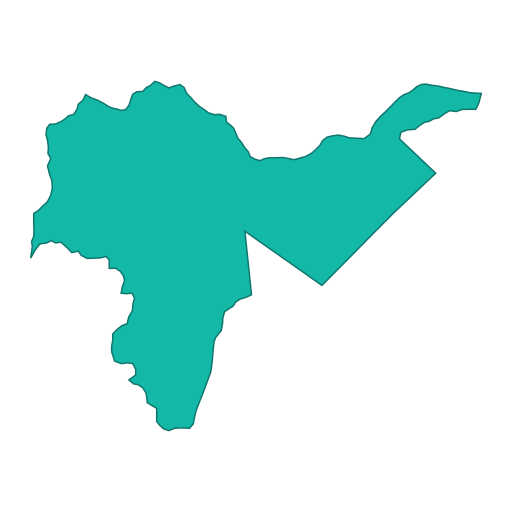 outline of Conceição de Macabu, Rio de Janeiro, Brazil
{"feature_id": "56859067B82602417056719", "entity_name": "Conceição de Macabu", "entity_type": "district", "adm_level": 2, "iso_a3": "BRA", "parent_name": "Brazil", "parent_adm1": "Rio de Janeiro", "projection": "orthographic", "projection_center": [-41.847, -22.162], "detail": "fine", "context": "isolated", "style": "filled", "palette": "teal", "viewbox_px": 512, "rotation_deg": 0, "n_neighbors": 0, "source": "geoboundaries", "source_scale": "gbopen_adm2", "svg_char_len": 2750}
<svg xmlns="http://www.w3.org/2000/svg" viewBox="0 0 512 512"><path d="M435.7,173.2L399.5,138.9L400.8,132.3L407.3,129.9L415.0,129.3L420.1,125.1L424.5,122.3L429.0,121.4L433.5,118.9L438.9,117.8L444.3,113.8L449.7,110.7L456.5,111.5L461.9,109.5L468.9,109.3L475.9,109.3L479.0,102.4L481.3,93.4L476.8,93.2L470.0,92.7L462.8,91.2L458.0,90.5L451.8,89.0L447.7,88.1L443.4,87.3L439.4,86.3L435.3,85.7L430.5,85.1L426.1,84.1L421.6,84.4L416.6,86.8L413.0,90.0L408.9,92.8L404.0,94.6L399.3,97.8L394.7,102.3L390.7,106.5L385.9,111.3L380.8,116.0L375.8,121.6L372.2,127.7L370.4,133.9L364.3,138.6L358.9,138.4L354.4,138.1L349.4,137.9L344.3,136.2L338.2,135.1L332.3,135.9L327.1,137.1L322.7,140.5L319.9,145.4L315.9,149.4L311.5,153.3L305.5,156.5L299.0,158.4L293.8,159.7L289.5,158.7L282.6,157.5L274.7,157.8L268.8,157.8L263.9,158.9L260.0,160.7L255.0,159.2L250.3,156.7L248.2,151.7L244.5,147.3L241.5,142.4L238.1,138.5L235.6,132.9L233.7,128.3L230.5,125.2L226.4,121.9L225.9,116.4L219.7,114.3L214.5,114.7L208.4,112.8L204.5,109.8L199.4,106.4L194.0,101.4L191.0,97.7L186.8,93.5L184.1,87.6L180.0,84.6L174.1,86.0L168.8,87.9L164.0,85.5L159.7,82.9L154.8,81.4L150.3,85.5L146.4,87.5L142.8,91.4L136.7,91.8L132.7,94.3L130.9,99.1L129.1,105.0L125.9,109.4L121.5,110.4L117.3,109.2L112.4,108.1L108.3,106.4L104.3,103.8L97.6,100.2L91.3,97.9L85.6,94.6L82.8,100.4L78.2,104.3L77.0,109.2L73.9,114.3L68.7,115.7L65.3,118.7L61.0,121.6L55.5,124.0L49.7,124.3L46.7,128.4L46.0,134.5L47.7,141.2L48.4,147.8L48.0,153.5L50.7,158.5L47.5,165.9L49.3,173.5L51.9,180.8L52.3,188.4L50.8,195.2L47.5,201.6L41.9,206.9L38.8,210.1L33.7,213.5L33.7,222.5L34.0,231.5L33.6,236.8L31.6,241.5L32.3,246.5L31.7,251.1L30.7,258.0L35.7,249.2L40.0,243.9L46.7,242.9L51.2,240.7L55.7,242.9L60.9,242.2L64.5,245.3L68.4,248.9L71.8,252.6L78.4,251.2L81.2,255.3L87.0,258.4L94.0,258.2L100.3,257.9L106.0,256.5L109.2,259.8L109.2,268.4L115.7,268.3L120.4,271.4L123.3,275.7L124.6,280.3L122.4,286.6L121.1,293.2L126.7,293.7L131.9,293.1L134.5,298.1L133.0,303.6L132.3,310.9L128.7,317.0L127.2,323.6L121.9,325.7L117.7,328.9L112.7,334.0L112.8,339.9L111.7,345.9L111.6,351.5L114.6,361.1L121.7,363.7L127.6,362.7L132.8,363.7L135.7,369.3L135.7,374.9L128.9,379.9L133.5,383.8L138.0,384.6L142.7,387.7L145.9,392.8L146.8,397.3L147.2,402.6L151.8,405.5L156.7,408.4L156.7,414.2L156.7,421.5L159.8,425.4L163.7,428.9L169.0,430.6L174.4,428.3L179.8,427.9L184.8,428.0L189.5,428.3L193.3,423.8L194.6,417.1L195.9,411.4L198.7,403.8L202.8,393.6L204.4,389.2L206.8,382.7L210.8,372.0L211.7,365.3L212.4,359.5L213.1,350.4L214.0,342.3L215.4,337.9L221.2,330.6L222.6,323.1L222.8,318.0L224.6,311.7L229.1,308.7L233.2,306.0L235.6,302.1L239.9,299.2L246.5,297.1L251.5,294.7L244.9,231.2L321.9,285.4L348.7,258.4L372.3,234.4L393.5,213.1L435.7,173.2Z" fill="#14b8a6" stroke="#0f766e" stroke-width="1.5"/></svg>